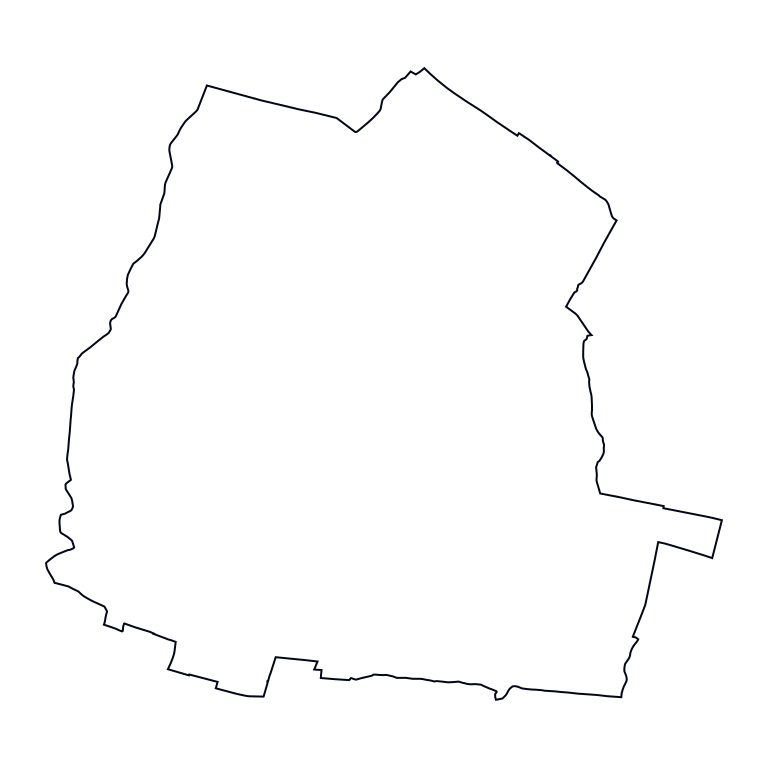 Heiloo, Noord-Holland, Netherlands (orthographic projection)
{"feature_id": "6326949B43926966977356", "entity_name": "Heiloo", "entity_type": "district", "adm_level": 2, "iso_a3": "NLD", "parent_name": "Netherlands", "parent_adm1": "Noord-Holland", "projection": "orthographic", "projection_center": [4.712, 52.602], "detail": "fine", "context": "isolated", "style": "outline", "palette": "ink", "viewbox_px": 768, "rotation_deg": 0, "n_neighbors": 0, "source": "geoboundaries", "source_scale": "gbopen_adm2", "svg_char_len": 6017}
<svg xmlns="http://www.w3.org/2000/svg" viewBox="0 0 768 768"><path d="M410.6,71.5L405.1,77.8L401.5,79.2L397.9,82.2L389.8,92.1L382.7,99.5L382.1,101.4L380.6,109.0L379.9,110.5L378.3,112.4L373.4,117.6L368.5,122.1L357.6,131.3L356.5,131.9L355.7,132.0L354.9,131.8L337.0,118.3L336.2,117.9L315.5,112.8L298.7,109.3L260.5,100.2L206.9,85.5L197.5,109.7L196.3,111.2L186.5,120.2L185.2,121.6L181.1,127.6L179.7,130.1L177.8,134.3L176.7,135.9L170.8,143.4L170.1,144.6L169.6,146.5L169.3,149.6L169.5,151.6L172.2,165.6L172.2,167.1L171.6,168.9L165.6,182.4L165.0,184.5L164.7,188.2L164.5,191.7L164.2,193.7L160.3,204.7L160.2,207.1L159.1,218.6L158.5,220.7L154.6,236.7L153.7,238.6L144.8,252.9L143.3,254.9L141.6,256.8L136.6,261.2L133.5,263.5L132.8,264.7L130.4,269.3L127.8,275.0L127.0,279.3L126.7,284.2L127.1,286.4L128.3,290.6L128.4,291.7L128.0,292.9L126.5,295.1L121.4,304.0L115.8,316.3L115.3,317.0L114.5,317.7L112.3,318.9L111.7,319.3L110.8,320.6L110.4,321.6L110.2,322.5L110.1,323.5L110.7,327.9L110.8,329.1L110.4,330.1L108.5,333.1L106.7,334.5L103.1,336.9L94.2,344.1L90.5,347.2L82.5,353.0L81.3,354.3L79.3,356.9L77.9,358.1L77.5,360.6L77.3,361.6L77.4,362.6L77.3,363.5L77.1,364.2L75.9,367.5L74.9,369.5L74.6,370.4L74.3,371.2L73.6,375.2L73.4,377.0L73.3,378.0L73.6,379.8L73.8,382.6L73.5,384.1L73.3,386.7L73.9,389.0L73.9,390.7L73.3,395.9L72.0,404.3L71.5,409.3L71.0,416.3L70.6,420.1L69.8,431.4L69.0,439.1L68.2,449.3L67.6,453.6L67.1,458.3L67.0,459.5L67.2,460.3L67.8,463.4L69.5,473.9L70.9,479.7L70.8,480.0L67.1,482.7L65.7,484.1L65.5,484.5L65.7,488.7L65.9,489.4L71.0,497.4L71.6,498.7L72.2,501.2L73.0,506.1L72.9,506.9L72.3,508.5L71.7,509.7L71.1,510.4L69.9,511.2L68.1,512.0L65.2,513.6L60.9,514.8L60.1,517.3L59.5,520.1L59.5,522.7L59.8,527.3L60.1,530.7L60.3,531.8L60.7,532.4L61.1,533.0L62.8,534.0L67.9,537.2L71.4,540.1L72.1,540.8L74.0,546.8L74.1,547.6L73.2,548.3L71.5,549.2L70.3,549.7L67.6,550.2L60.6,553.0L56.7,554.7L54.2,556.3L50.4,559.2L46.3,562.6L46.1,563.4L46.4,565.9L47.4,569.3L49.8,573.7L53.4,579.7L54.6,582.9L56.5,583.3L68.3,586.4L72.8,588.8L78.3,591.4L81.7,594.6L84.1,596.4L87.8,598.6L92.6,601.2L104.3,606.5L105.1,607.7L106.9,611.0L107.0,611.6L106.1,615.0L105.5,617.5L105.4,618.7L104.9,621.3L104.4,623.3L103.9,624.7L110.1,626.7L116.0,628.8L118.0,629.8L121.9,631.4L122.3,631.3L122.8,630.8L123.1,627.1L123.9,624.1L124.2,623.5L124.5,623.5L135.1,627.3L150.1,631.9L153.9,633.6L153.6,633.9L168.5,639.5L171.6,640.4L175.7,641.9L174.6,650.7L174.2,653.2L173.0,657.2L171.9,660.2L170.7,663.2L167.9,669.2L189.0,675.4L189.3,674.5L217.6,681.9L215.8,688.3L236.8,693.9L244.7,695.6L247.5,696.1L249.9,696.3L263.6,696.6L267.6,682.8L267.3,682.3L267.5,681.0L268.1,681.1L269.5,676.0L270.8,672.4L275.7,657.2L306.1,660.2L317.5,661.5L315.2,667.2L314.2,669.5L316.2,669.7L321.5,670.0L320.8,678.0L335.1,679.2L349.1,680.1L349.5,679.9L350.6,678.3L350.9,678.1L351.9,678.3L354.8,679.4L356.2,679.6L361.4,678.1L370.7,676.0L372.3,675.5L372.6,675.3L372.8,675.0L373.3,674.7L375.3,674.6L378.8,674.9L383.5,675.1L385.5,674.9L387.2,675.1L392.5,676.3L393.3,676.5L396.9,677.9L402.2,677.9L405.4,677.8L410.6,678.5L412.3,678.8L420.3,678.8L422.8,679.1L426.7,679.9L429.5,680.3L431.9,680.8L434.3,681.5L436.1,681.1L437.4,681.1L447.0,682.2L448.7,682.3L453.0,682.1L458.6,681.6L463.2,683.0L464.7,683.2L465.2,683.4L466.7,683.8L470.3,684.3L475.8,684.1L477.9,684.4L480.0,684.5L481.0,684.7L481.5,684.9L483.2,685.8L489.2,688.4L493.0,689.8L496.3,691.2L496.5,691.6L496.7,691.9L495.2,694.0L495.1,694.8L495.2,695.4L495.1,695.8L495.3,697.5L496.0,699.8L502.5,698.5L505.7,695.3L506.6,694.0L508.9,689.8L510.0,688.5L512.1,686.7L513.1,686.3L514.3,686.2L515.6,686.2L518.6,687.0L522.0,688.4L527.1,689.1L528.5,689.2L532.3,689.6L534.3,689.6L541.9,690.2L544.5,690.7L554.3,691.3L559.8,691.9L567.7,692.5L578.4,693.7L584.6,694.1L597.1,695.0L607.4,696.2L621.3,697.2L621.7,692.8L622.3,691.2L622.6,689.7L624.2,685.7L624.9,684.5L625.2,683.8L626.4,681.3L626.7,679.8L626.7,678.6L626.3,676.4L625.9,675.1L624.4,671.3L624.3,669.8L624.4,668.2L624.8,665.1L625.0,664.3L625.3,663.6L628.6,658.9L629.5,657.1L629.8,656.4L630.1,655.1L630.3,653.2L630.9,651.3L631.9,648.8L633.4,646.1L634.1,645.3L634.4,644.6L636.0,642.8L637.8,640.3L638.2,639.2L636.0,637.6L635.2,637.3L634.5,637.1L633.3,637.0L632.8,636.8L640.7,616.8L645.3,604.8L654.7,560.0L658.2,542.1L664.7,543.5L670.3,545.1L688.7,550.6L705.1,555.7L712.2,558.1L721.9,520.2L712.4,517.9L706.8,516.7L663.4,508.2L663.7,506.1L633.3,500.2L620.5,497.4L600.2,493.5L597.6,484.6L596.9,482.3L596.6,480.8L596.5,479.4L596.7,477.4L596.8,475.9L596.8,474.1L596.1,467.5L596.3,466.6L597.0,464.6L597.3,463.5L597.7,462.3L598.0,461.9L599.4,460.9L601.2,458.2L603.3,454.1L603.7,452.8L603.9,450.8L603.8,449.4L603.8,448.0L604.1,445.2L604.0,444.3L603.4,442.9L603.1,441.6L602.8,440.2L602.8,438.8L602.7,437.9L602.4,437.3L599.5,434.0L598.3,432.5L597.0,430.4L596.2,428.9L592.3,417.2L591.7,414.7L591.8,412.0L592.0,410.2L592.0,405.6L591.6,397.0L591.2,394.3L590.3,390.9L590.1,389.4L589.6,387.5L589.4,385.9L589.1,382.2L589.3,379.6L589.2,378.7L588.1,375.3L587.8,373.8L587.2,372.0L586.0,369.3L585.5,367.4L583.9,361.2L583.2,357.5L583.2,351.8L583.4,345.0L583.6,342.9L583.9,341.7L584.2,340.9L584.8,340.4L586.1,339.5L586.5,338.9L586.8,338.5L587.4,335.9L589.6,335.3L591.5,335.1L588.2,331.4L587.1,329.8L577.6,315.8L576.7,314.8L575.8,313.9L566.1,306.7L570.2,299.2L574.4,292.5L576.9,291.0L577.2,290.4L577.1,289.1L577.3,288.4L578.0,286.8L578.1,286.4L578.0,285.8L578.1,285.4L578.4,284.9L579.2,284.3L581.1,283.4L582.2,282.5L583.0,281.5L596.4,257.4L603.4,244.0L609.4,233.2L616.6,220.4L613.9,218.7L613.0,217.8L612.2,216.7L611.7,215.6L608.9,206.0L608.6,204.9L608.1,203.8L606.9,201.7L605.4,199.8L599.6,196.3L599.1,195.6L592.3,190.9L587.6,187.3L580.6,181.7L574.7,176.7L566.9,170.4L557.7,163.5L558.0,163.2L557.2,162.5L558.0,161.5L550.0,155.6L550.3,155.3L549.6,154.9L548.9,154.8L539.1,147.6L528.8,139.7L519.8,133.7L518.9,133.2L517.4,135.7L512.6,132.6L497.0,122.1L489.4,116.6L480.8,110.6L466.8,101.7L453.6,92.8L447.0,88.0L437.7,80.5L430.5,74.1L424.3,68.2L420.3,71.5L418.4,72.8L415.8,74.4L410.6,71.5Z" fill="none" stroke="#020617" stroke-width="2"/></svg>